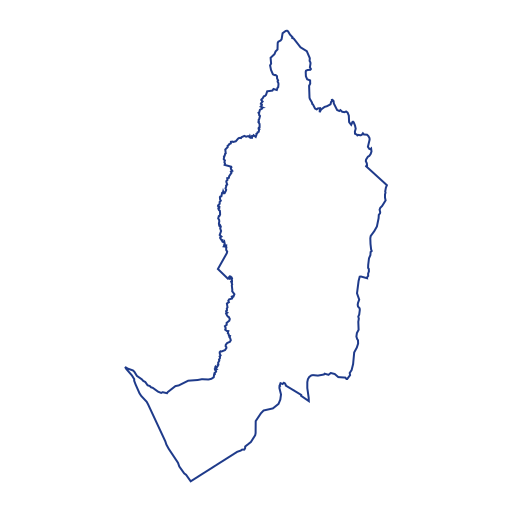 outline of Bakan, Pouthisat, Cambodia
{"feature_id": "14789045B65386681247425", "entity_name": "Bakan", "entity_type": "district", "adm_level": 2, "iso_a3": "KHM", "parent_name": "Cambodia", "parent_adm1": "Pouthisat", "projection": "equal_earth", "projection_center": [103.706, 12.696], "detail": "fine", "context": "isolated", "style": "outline", "palette": "blue", "viewbox_px": 512, "rotation_deg": 0, "n_neighbors": 0, "source": "geoboundaries", "source_scale": "gbopen_adm2", "svg_char_len": 6066}
<svg xmlns="http://www.w3.org/2000/svg" viewBox="0 0 512 512"><path d="M229.3,320.7L226.6,322.9L226.7,324.8L224.9,326.2L225.7,328.1L225.2,329.7L226.9,331.0L228.3,331.1L227.8,333.2L228.7,334.2L228.9,335.7L230.0,336.0L229.5,337.3L230.1,338.0L230.8,340.2L229.9,341.8L227.2,343.0L225.8,344.7L225.6,346.2L226.4,347.2L226.4,348.0L225.0,350.1L221.5,351.5L220.5,351.3L219.7,352.2L219.8,353.8L220.6,355.4L219.7,356.3L220.0,356.6L219.9,358.3L219.0,359.6L219.3,360.6L218.1,362.9L218.4,364.6L217.8,364.9L217.9,365.7L216.7,367.5L215.6,366.5L215.3,367.0L215.2,368.3L216.2,369.1L214.9,369.3L215.0,369.8L216.1,371.0L216.1,371.6L214.5,373.1L214.8,373.4L214.8,374.3L214.1,374.6L213.7,377.3L211.4,378.8L208.5,379.5L201.9,379.2L197.7,380.0L188.2,380.7L178.8,385.4L175.4,386.1L167.7,392.1L167.0,393.2L162.7,392.2L161.2,392.9L158.1,391.7L152.7,387.8L151.0,387.3L149.8,386.0L147.6,385.3L145.3,382.0L143.2,380.9L141.8,379.3L136.9,375.9L134.3,371.7L132.9,370.4L127.7,368.6L125.1,367.0L126.3,369.0L131.8,375.3L134.2,379.1L134.2,380.8L135.6,384.5L139.5,393.3L141.2,395.9L146.7,401.8L148.1,404.4L165.3,441.3L166.4,444.6L168.7,448.8L178.0,462.8L179.3,466.5L184.2,473.4L186.1,474.8L190.7,481.3L237.2,451.8L240.7,450.6L242.1,449.6L244.3,449.6L245.1,448.2L245.2,446.5L250.9,442.0L255.2,435.2L255.6,433.1L255.7,421.1L260.9,413.3L263.6,410.5L272.9,408.4L278.5,403.9L280.3,399.6L281.0,394.5L279.4,388.0L279.5,386.0L280.0,385.9L279.8,385.1L280.5,383.2L282.6,384.0L283.8,382.8L284.8,383.3L285.7,384.7L285.8,385.6L301.2,394.9L301.1,395.8L308.8,401.1L308.7,397.9L307.3,388.1L307.3,382.1L307.9,379.2L309.2,377.0L311.3,375.4L313.0,375.1L317.9,375.6L324.0,374.5L324.6,373.7L328.5,374.8L330.8,373.0L334.7,374.0L338.3,377.1L345.3,377.6L346.5,379.0L347.2,379.0L350.1,375.1L349.7,373.0L351.6,370.1L353.1,364.1L354.2,352.4L356.8,347.6L358.1,343.6L358.0,340.3L357.1,338.9L356.4,336.5L356.9,333.0L358.6,329.8L358.3,321.8L358.8,318.7L358.3,316.6L359.2,314.6L359.8,309.9L359.6,308.3L358.0,306.5L357.7,304.8L358.0,302.9L359.2,299.6L357.0,293.3L358.6,280.9L359.7,276.7L360.9,276.5L367.0,278.2L366.9,277.6L368.2,275.9L368.1,273.7L368.9,271.4L368.8,268.9L368.1,267.9L368.2,264.9L369.0,258.3L370.4,255.1L370.6,252.0L371.7,251.0L371.1,249.4L370.5,243.9L370.3,238.3L370.7,236.0L374.3,231.1L376.9,226.5L378.6,218.2L378.8,214.9L380.0,213.3L380.2,212.2L379.6,209.7L380.3,207.8L382.1,206.0L385.6,200.4L385.0,197.6L385.0,194.4L385.5,192.7L385.2,191.4L385.9,187.6L386.9,185.2L365.5,165.7L366.9,166.2L367.1,165.8L366.8,163.3L365.8,161.1L366.1,159.5L367.9,156.7L369.3,155.9L370.7,153.9L371.5,151.4L371.1,148.5L370.3,149.2L369.3,148.9L367.9,146.8L369.6,139.7L369.5,138.1L368.4,136.1L367.0,134.7L363.9,134.5L362.9,133.3L361.8,134.8L360.6,135.3L358.4,134.9L357.4,135.4L356.8,134.6L355.0,133.7L354.9,131.5L355.7,128.7L355.0,125.5L353.7,122.3L353.0,121.7L352.5,121.9L351.2,124.8L349.6,122.8L349.1,122.0L348.8,115.6L347.6,112.6L346.1,111.5L344.5,112.2L342.2,111.8L340.4,110.1L339.3,111.0L337.1,110.0L333.8,103.4L333.6,101.1L332.4,99.8L331.9,99.9L332.0,101.1L331.1,101.9L330.5,104.3L327.0,106.2L324.6,106.9L321.1,109.5L320.0,111.5L319.7,111.4L320.0,108.2L317.9,108.4L316.7,109.4L315.0,108.5L313.0,104.5L312.2,103.9L312.0,102.6L309.8,98.8L309.5,97.6L309.1,85.8L310.2,83.7L310.1,80.4L307.2,79.3L305.9,76.3L305.7,71.9L306.0,70.7L307.6,70.0L310.3,69.8L310.9,69.0L309.9,67.3L310.5,63.6L310.4,62.4L309.6,60.9L309.8,58.2L306.8,51.2L300.5,47.3L293.8,38.7L292.2,37.9L292.5,37.2L290.0,34.6L288.0,31.3L287.0,30.7L285.6,31.0L282.6,33.2L281.6,39.2L280.6,40.5L278.3,41.7L277.7,42.9L277.5,49.5L275.6,51.4L274.5,54.1L270.6,57.8L271.1,63.6L270.1,65.4L271.0,69.9L272.9,74.3L274.5,75.1L275.6,75.0L277.0,76.2L277.1,78.5L278.1,80.4L277.6,81.2L277.7,81.9L278.2,82.6L278.5,84.0L278.2,87.1L277.6,87.6L276.8,90.0L273.5,89.0L272.4,90.6L267.2,91.3L266.0,94.9L264.9,96.0L263.8,96.3L262.6,98.4L261.3,99.6L261.4,100.3L262.6,101.5L260.9,103.5L260.8,103.8L261.9,104.7L261.8,105.3L260.7,106.6L262.4,107.4L261.7,107.5L262.0,108.6L259.9,109.8L259.3,112.2L258.5,112.8L259.2,114.0L259.1,115.0L260.0,116.0L259.1,119.4L258.6,120.0L258.9,121.7L258.4,122.1L259.5,123.8L259.6,124.9L259.6,127.2L258.9,127.6L259.3,128.9L258.7,128.9L259.0,130.4L258.7,131.8L257.6,132.3L257.3,133.3L256.4,133.8L256.5,134.7L255.7,136.9L253.6,135.2L253.0,136.1L252.1,136.0L252.0,137.8L250.6,137.8L249.9,136.1L249.5,137.1L248.2,136.1L246.1,136.7L244.4,135.9L241.5,137.2L241.0,138.1L239.2,137.9L238.1,138.6L235.8,141.3L233.1,142.0L232.5,141.6L230.9,141.8L230.8,143.4L229.0,144.3L228.7,145.1L227.6,145.8L227.7,147.1L225.3,149.5L225.7,153.4L225.1,153.8L224.7,155.7L224.0,156.4L224.2,156.8L223.8,158.5L223.8,159.4L224.9,160.4L224.4,162.2L225.0,163.5L224.6,164.9L231.2,166.7L231.4,167.2L230.8,167.8L231.0,169.1L232.3,170.9L230.9,171.6L231.5,172.8L229.2,176.1L228.8,177.9L227.2,178.2L227.5,179.9L226.4,181.0L226.3,181.8L227.2,184.6L226.1,185.5L226.2,186.6L225.5,188.4L226.2,189.8L225.9,190.7L224.6,193.2L223.9,193.3L223.2,191.4L223.0,192.3L222.1,192.8L221.4,196.3L220.2,196.6L219.9,197.1L220.1,199.5L220.8,200.7L219.6,202.0L219.7,203.8L218.1,205.4L218.0,206.0L219.4,206.7L219.3,207.9L218.5,207.9L218.3,208.5L219.0,210.1L219.8,210.6L220.0,212.0L220.1,214.6L219.4,216.0L218.8,216.1L218.2,218.4L219.1,219.9L219.3,221.3L218.9,223.6L219.3,225.9L219.6,226.2L220.2,225.4L220.8,226.6L220.2,228.5L221.1,231.0L219.7,235.0L221.4,236.6L220.2,237.4L220.1,237.9L221.3,239.8L222.4,240.1L222.1,240.9L222.5,241.7L223.3,242.1L224.2,241.3L224.9,244.6L224.1,245.1L224.3,245.6L223.8,246.4L225.9,246.7L225.7,246.3L226.2,245.9L226.2,250.0L227.2,251.6L226.8,253.2L217.9,269.0L227.9,278.7L228.5,278.4L229.6,278.8L229.8,278.3L229.1,277.1L229.9,276.3L230.6,276.6L230.3,277.5L230.9,278.0L231.7,277.7L232.1,278.5L231.6,280.0L232.0,280.6L232.0,281.8L231.3,281.9L232.2,284.3L231.8,285.3L232.3,289.8L232.2,291.3L234.4,294.2L233.4,296.7L232.8,296.9L232.2,296.4L231.8,296.7L232.4,297.5L232.1,298.5L229.1,299.4L228.3,300.8L228.9,302.2L226.9,303.5L227.5,307.4L226.8,308.5L227.0,310.2L226.1,311.1L226.2,311.9L227.3,312.7L226.1,313.6L227.0,315.4L228.0,316.7L228.8,317.0L229.8,319.0L229.3,320.7Z" fill="none" stroke="#1e3a8a" stroke-width="2"/></svg>